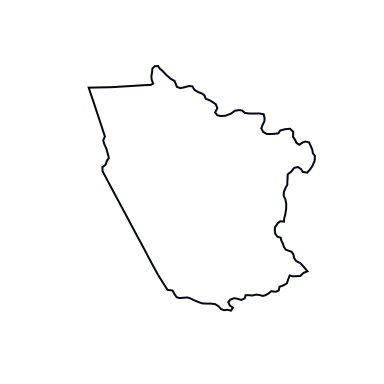 Bom Jardim, Rio de Janeiro, Brazil (Albers equal-area conic projection), rotated 26°
{"feature_id": "56859067B55012007485674", "entity_name": "Bom Jardim", "entity_type": "district", "adm_level": 2, "iso_a3": "BRA", "parent_name": "Brazil", "parent_adm1": "Rio de Janeiro", "projection": "albers", "projection_center": [-42.342, -22.206], "detail": "fine", "context": "isolated", "style": "outline", "palette": "ink", "viewbox_px": 384, "rotation_deg": 26, "n_neighbors": 0, "source": "geoboundaries", "source_scale": "gbopen_adm2", "svg_char_len": 2259}
<svg xmlns="http://www.w3.org/2000/svg" viewBox="0 0 384 384"><g transform="rotate(26 192 192)"><path d="M275.5,96.1L271.9,96.9L269.8,98.9L267.7,102.5L264.4,102.1L262.0,100.1L258.6,98.1L256.6,93.5L252.3,92.2L247.8,95.0L244.3,98.1L243.9,101.5L239.6,104.1L236.8,105.7L233.5,107.1L229.6,106.8L226.4,104.4L226.0,100.4L226.1,96.9L225.0,94.0L222.3,90.7L217.9,92.0L212.6,94.7L208.5,96.6L204.9,97.7L201.2,96.8L198.5,97.7L195.0,100.1L192.5,104.7L188.6,108.8L184.5,111.1L181.2,112.0L177.9,110.4L178.0,105.5L175.0,102.7L171.6,102.2L167.6,101.8L163.5,102.2L160.7,99.6L157.2,99.1L154.3,99.5L149.4,99.1L146.1,96.9L142.8,98.1L139.3,101.2L135.9,103.8L132.3,104.1L129.5,101.5L127.4,99.7L123.4,99.7L117.7,98.1L112.7,96.2L108.9,95.2L106.3,93.7L103.4,95.2L102.3,98.5L103.6,101.9L104.8,105.9L106.6,108.8L109.6,111.6L107.9,113.9L103.9,116.0L73.5,133.2L53.4,143.5L57.6,147.8L64.2,154.4L89.4,180.3L89.6,184.7L92.7,187.9L95.8,190.4L99.6,194.6L102.4,197.9L101.8,201.4L102.3,205.7L100.5,208.9L102.6,212.6L121.6,226.4L135.2,236.2L158.7,253.2L164.2,257.2L166.8,259.0L176.9,266.3L181.7,269.9L193.6,278.4L198.3,281.7L212.9,290.7L217.6,289.1L221.3,291.6L224.3,293.3L227.2,292.8L230.9,290.7L233.8,288.9L236.6,288.4L240.7,288.4L246.0,288.1L250.0,287.6L253.4,286.2L257.3,284.3L261.9,282.6L266.1,283.1L269.5,284.5L272.5,284.2L275.8,282.2L279.0,281.6L279.5,278.0L275.8,277.5L272.9,275.1L273.7,271.8L276.5,268.9L279.5,268.1L283.7,267.4L286.0,264.4L285.4,261.3L288.3,259.8L291.4,258.7L294.5,256.2L297.5,255.1L301.1,254.4L303.2,252.7L305.3,249.6L306.7,246.4L311.0,245.0L313.1,242.5L312.2,238.8L314.6,236.4L317.3,232.6L316.7,227.6L316.4,224.2L319.3,223.7L322.3,222.2L326.1,220.0L327.7,215.8L330.6,212.6L325.4,210.4L320.7,208.4L316.0,208.4L313.0,206.8L310.5,203.7L307.7,202.0L304.9,202.4L301.4,202.7L298.7,201.1L296.3,198.6L293.6,196.5L291.8,194.2L288.3,194.7L285.3,193.1L283.5,190.6L282.0,187.5L282.8,182.5L284.2,179.6L287.7,178.3L286.4,175.1L285.6,171.1L284.3,166.6L282.0,161.5L279.1,157.6L276.0,155.2L274.5,151.5L274.3,146.9L274.5,143.7L273.1,140.8L272.0,138.0L270.3,134.3L272.2,130.3L273.3,125.5L276.3,123.1L279.9,123.6L282.9,125.4L287.0,124.1L288.1,120.5L288.8,116.0L288.6,110.4L286.6,105.6L283.5,104.1L281.7,101.3L278.4,98.5L275.5,96.1Z" fill="none" stroke="#020617" stroke-width="2"/></g></svg>